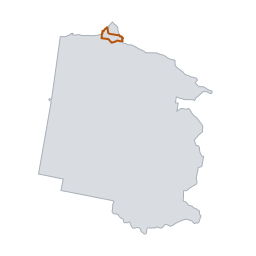 Tawkar, Red Sea, Sudan (highlighted), rotated 277°
{"feature_id": "16777658B45805430370558", "entity_name": "Tawkar", "entity_type": "district", "adm_level": 2, "iso_a3": "SDN", "parent_name": "Sudan", "parent_adm1": "Red Sea", "projection": "albers", "projection_center": [37.526, 17.9], "detail": "fine", "context": "in_parent", "style": "outline", "palette": "amber", "viewbox_px": 256, "rotation_deg": 277, "n_neighbors": 0, "source": "geoboundaries", "source_scale": "gbopen_adm2", "svg_char_len": 5010}
<svg xmlns="http://www.w3.org/2000/svg" viewBox="0 0 256 256"><g transform="rotate(277 128 128)"><path d="M175.0,206.9L172.6,206.9L172.4,206.3L172.4,204.8L172.7,203.7L173.6,201.9L173.4,200.9L173.6,199.5L173.0,197.9L167.5,193.2L166.4,191.9L163.4,190.7L164.0,189.4L163.0,179.9L163.6,178.8L163.8,177.1L163.8,175.7L164.6,173.3L164.7,172.2L158.8,172.0L158.7,173.1L158.9,174.2L158.9,174.7L150.7,174.5L153.9,178.3L154.0,180.0L153.7,182.0L153.8,183.3L153.9,184.1L154.8,185.8L154.7,186.1L154.5,186.5L148.5,191.3L147.4,193.6L146.6,194.7L144.8,196.7L139.3,201.8L138.4,202.1L134.3,202.2L133.8,202.3L133.5,202.5L133.3,202.4L129.9,199.2L124.2,195.3L120.2,197.0L119.1,197.7L119.0,199.5L118.4,200.4L117.3,201.3L114.4,201.8L112.8,202.3L111.0,203.2L109.2,204.8L109.0,205.7L109.2,206.5L99.2,206.0L98.5,205.3L97.2,202.5L96.2,202.6L87.1,201.8L85.8,202.0L83.1,203.0L81.8,203.1L80.5,202.5L76.1,196.7L75.1,196.0L74.1,194.6L73.1,194.0L72.8,193.6L72.7,193.0L72.8,191.8L72.5,191.0L71.8,190.8L65.3,191.6L64.4,191.4L63.0,191.6L62.5,191.7L61.9,192.4L61.8,193.9L61.5,194.7L61.0,195.5L59.0,197.2L58.6,198.0L58.5,200.0L58.3,201.1L58.0,201.5L57.2,202.3L56.8,202.7L56.3,205.3L55.2,206.8L55.0,207.3L54.8,208.5L54.6,208.8L51.7,209.5L50.5,210.0L49.8,210.8L49.6,211.2L48.4,210.8L46.8,210.5L43.8,210.0L42.6,209.4L42.1,208.8L42.4,207.2L42.1,206.9L41.6,206.5L41.3,205.8L41.5,205.0L43.2,203.3L43.6,202.3L44.4,197.8L44.4,196.4L43.3,193.7L40.7,189.0L40.1,188.1L36.7,184.1L36.4,183.6L35.6,181.9L36.8,178.6L37.0,177.7L36.8,176.7L36.0,175.9L35.1,175.7L34.2,174.7L33.5,174.3L32.9,173.4L32.6,172.3L33.2,168.3L33.1,167.7L32.2,167.5L32.0,167.2L32.1,166.4L31.7,164.1L31.3,162.2L31.7,161.2L31.1,159.7L29.7,158.9L26.8,159.2L25.9,159.0L25.3,158.7L24.9,158.1L24.7,157.5L25.0,156.6L26.0,155.0L27.1,153.6L29.3,152.5L29.9,151.9L30.2,151.2L30.4,150.3L30.3,149.4L30.1,148.5L29.6,147.4L29.2,146.0L29.2,145.2L29.6,144.5L30.2,143.8L32.3,142.5L34.5,141.5L34.9,141.0L34.8,140.5L33.9,139.4L33.8,137.4L33.4,136.0L34.5,135.1L35.3,134.8L36.6,134.5L37.1,134.1L37.3,133.3L37.3,132.5L37.8,132.0L38.5,130.8L39.0,130.2L40.7,128.9L41.1,128.0L41.3,127.0L41.1,124.2L42.1,123.1L43.3,122.3L45.0,122.5L47.6,122.4L49.4,122.2L50.7,122.3L53.5,123.0L53.8,122.8L54.0,122.1L57.8,69.1L69.5,69.9L71.4,44.8L144.3,48.5L144.9,48.4L146.1,46.1L146.6,46.0L147.3,46.1L147.6,46.7L146.9,48.6L210.6,49.7L210.7,52.6L211.2,54.9L213.0,58.2L214.6,59.9L215.1,60.9L215.2,61.3L215.1,61.8L214.6,61.3L213.9,61.0L213.7,62.5L214.1,65.6L214.8,67.8L214.3,69.9L214.3,73.3L215.2,77.5L215.0,80.1L216.3,86.3L217.6,89.7L218.3,90.6L219.2,91.0L220.7,91.3L223.0,93.1L224.8,94.9L225.5,95.9L226.4,96.9L227.0,96.7L227.3,96.4L227.9,97.3L230.8,99.1L231.3,100.0L230.2,100.8L229.0,102.3L228.5,103.6L228.1,104.0L227.2,104.9L227.0,105.3L226.6,105.5L226.2,105.6L225.2,106.0L224.3,105.9L223.4,106.1L223.0,106.5L222.3,106.7L221.4,106.9L219.9,108.0L218.5,108.6L218.1,109.0L217.4,111.3L216.9,111.9L214.9,112.0L214.0,112.1L212.7,111.9L212.0,111.9L211.9,112.4L211.6,114.3L211.7,115.2L210.6,117.4L210.9,121.5L209.8,124.6L209.6,125.3L208.5,127.8L208.0,128.7L206.6,133.3L206.1,134.7L204.9,136.2L206.0,147.2L205.0,150.6L205.0,152.4L204.3,155.1L203.8,156.4L202.9,157.9L202.1,159.6L201.4,161.8L201.0,166.0L200.8,166.4L197.2,166.9L196.1,167.2L195.4,167.6L194.4,168.7L192.6,171.7L191.6,173.5L190.1,176.0L188.3,177.7L188.0,178.5L187.6,180.1L187.0,182.6L186.4,184.4L186.4,185.9L185.9,188.4L185.9,189.6L185.3,190.3L184.5,190.9L183.9,191.0L181.4,189.3L179.7,190.5L178.6,192.1L177.7,193.7L178.1,197.1L178.0,197.9L177.8,198.7L176.1,202.1L175.5,203.6L175.0,206.3L175.0,206.9Z" fill="#d9dde1" stroke="#a8b0b8" stroke-width="1"/><path d="M224.9,95.4L225.0,95.2L225.4,95.0L225.4,94.9L225.2,94.7L224.8,94.6L224.7,94.5L224.6,94.4L224.4,94.3L224.3,94.2L224.2,94.0L224.0,93.9L223.9,93.8L223.9,93.7L223.6,93.3L223.5,93.2L223.3,93.0L223.1,92.8L222.9,92.7L222.7,92.6L222.4,92.5L222.2,92.5L222.0,92.4L221.9,92.4L221.7,92.3L221.5,92.2L221.4,92.1L221.2,91.9L221.1,91.7L220.9,91.5L220.9,91.4L221.0,91.3L220.9,91.2L220.7,91.1L220.4,91.1L220.1,91.0L220.2,90.9L219.9,90.9L219.8,91.0L219.7,91.0L219.4,91.0L219.2,91.1L218.8,91.1L218.7,91.1L218.4,91.0L218.3,90.9L218.2,90.8L218.2,90.7L217.5,90.7L216.8,90.7L215.9,90.8L214.0,90.9L213.9,90.9L213.9,95.3L213.8,97.8L212.2,99.5L210.7,101.5L211.1,102.2L211.3,102.9L211.6,103.6L212.4,105.3L213.2,106.1L213.4,106.4L213.5,107.2L213.4,107.8L213.4,108.1L213.2,109.1L213.1,109.7L213.4,111.4L213.4,111.6L213.4,111.8L213.5,111.9L213.8,111.9L214.0,111.8L214.3,111.8L214.4,111.7L214.5,111.7L214.8,111.7L215.0,111.7L215.3,111.6L215.5,111.6L215.6,111.4L215.8,111.5L216.0,111.6L216.2,111.8L216.3,111.9L216.5,112.0L216.7,111.9L216.8,111.8L216.8,111.7L216.9,111.4L217.0,111.4L217.3,111.2L217.5,110.9L217.6,110.6L217.6,110.4L217.8,110.2L218.0,110.2L218.0,109.9L217.9,109.9L217.9,109.7L218.0,109.7L218.0,109.4L218.1,109.2L218.0,108.9L218.0,108.7L218.2,108.4L218.3,108.4L219.0,108.1L218.9,104.9L219.0,104.1L219.1,102.1L219.1,100.2L219.3,98.1L219.6,97.3L219.7,97.2L219.9,96.8L224.9,95.4L224.9,95.4Z" fill="none" stroke="#b45309" stroke-width="2"/></g></svg>